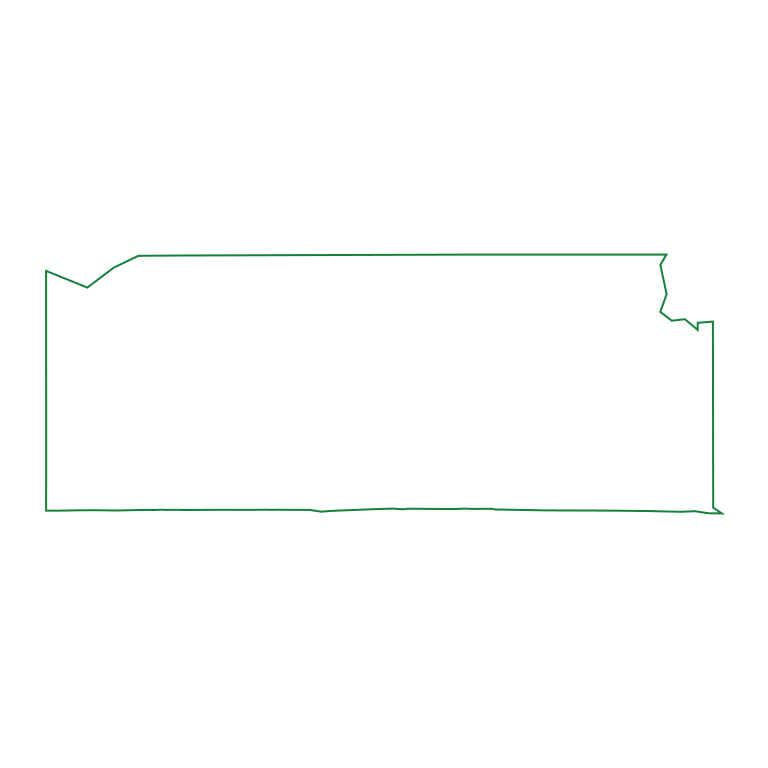 the district of Escambia, Alabama, United States of America
{"feature_id": "52423323B39779994842487", "entity_name": "Escambia", "entity_type": "district", "adm_level": 2, "iso_a3": "USA", "parent_name": "United States of America", "parent_adm1": "Alabama", "projection": "equal_earth", "projection_center": [-87.161, 31.128], "detail": "fine", "context": "isolated", "style": "outline", "palette": "green", "viewbox_px": 768, "rotation_deg": 0, "n_neighbors": 0, "source": "geoboundaries", "source_scale": "gbopen_adm2", "svg_char_len": 1056}
<svg xmlns="http://www.w3.org/2000/svg" viewBox="0 0 768 768"><path d="M375.4,509.1L376.1,509.1L392.1,508.6L403.6,509.3L408.0,508.7L444.7,509.0L448.0,509.0L455.5,509.0L465.5,508.6L468.2,508.8L474.9,508.9L491.5,508.8L495.8,509.5L547.3,510.4L576.2,510.5L587.3,510.5L617.2,510.7L618.2,510.7L650.7,511.1L650.9,511.1L680.4,511.8L692.7,511.3L693.5,511.2L694.9,511.2L708.8,513.3L721.9,513.4L713.2,507.7L712.9,321.6L697.7,322.8L697.7,329.9L684.9,319.2L671.8,320.7L660.3,311.9L666.6,294.2L660.4,264.9L666.4,254.6L468.0,254.6L183.3,255.5L138.4,255.8L113.8,267.6L87.3,287.6L46.1,270.9L46.2,468.3L46.1,510.7L58.2,510.7L78.3,510.3L94.8,510.2L116.0,510.5L144.6,509.9L145.0,509.9L145.7,509.9L154.4,510.0L158.1,509.9L160.4,509.7L162.5,509.8L166.8,509.9L179.6,509.9L184.3,510.0L226.5,509.8L229.3,509.9L235.4,509.9L251.2,509.9L267.1,509.7L273.1,509.9L274.9,509.7L282.6,509.8L284.1,509.8L301.1,509.9L304.8,509.9L305.4,510.0L306.6,509.9L307.3,509.9L308.4,509.9L308.8,509.8L321.4,511.7L327.4,511.2L330.9,510.9L375.4,509.1Z" fill="none" stroke="#15803d" stroke-width="2"/></svg>